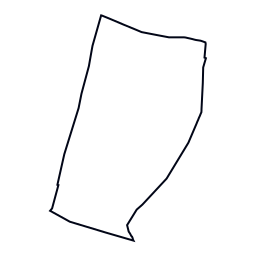 San Bartolomé Quialana, Oaxaca, Mexico
{"feature_id": "50627088B34817087326537", "entity_name": "San Bartolomé Quialana", "entity_type": "district", "adm_level": 2, "iso_a3": "MEX", "parent_name": "Mexico", "parent_adm1": "Oaxaca", "projection": "mercator", "projection_center": [-96.492, 16.896], "detail": "fine", "context": "isolated", "style": "outline", "palette": "ink", "viewbox_px": 256, "rotation_deg": 0, "n_neighbors": 0, "source": "geoboundaries", "source_scale": "gbopen_adm2", "svg_char_len": 864}
<svg xmlns="http://www.w3.org/2000/svg" viewBox="0 0 256 256"><path d="M133.5,240.6L132.9,239.4L132.7,238.3L132.0,236.6L131.3,236.0L130.0,233.5L128.7,231.6L127.1,225.1L136.7,209.6L142.4,204.6L166.6,178.6L188.4,142.7L196.6,123.5L197.3,121.7L198.1,120.0L198.9,117.9L199.8,116.0L200.6,114.0L201.0,113.1L201.4,112.2L201.4,111.9L201.5,110.4L201.5,109.9L201.5,109.3L202.8,83.1L203.2,67.4L205.9,58.2L204.5,57.6L205.7,43.9L205.4,42.4L202.7,41.4L200.6,40.7L198.7,40.4L196.0,40.0L194.3,39.6L193.6,39.4L192.1,39.0L190.4,38.6L188.1,38.1L187.6,38.0L187.2,37.9L185.5,37.5L183.7,37.3L168.8,37.3L158.7,35.4L141.6,32.1L135.9,29.7L124.0,24.8L108.9,18.4L101.5,15.4L101.1,15.4L101.1,15.5L92.5,45.8L91.2,53.0L88.9,66.1L81.5,93.6L78.6,108.1L64.3,154.2L57.4,184.8L58.4,185.1L52.1,208.4L50.1,210.8L69.8,221.7L105.9,232.6L133.5,240.6Z" fill="none" stroke="#020617" stroke-width="2"/></svg>